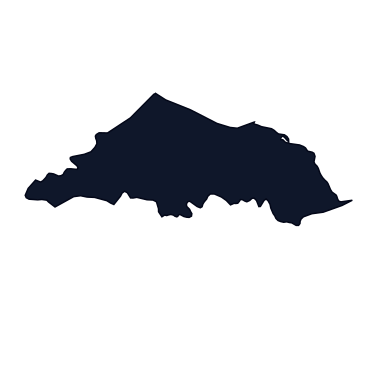 SVG path tracing the border of Lahij, rotated 217°
{"feature_id": "YEM-157", "entity_name": "Lahij", "entity_type": "Governorate", "adm_level": 1, "iso_a3": "YEM", "parent_name": "Yemen", "parent_adm1": "", "projection": "orthographic", "projection_center": [44.466, 13.315], "detail": "fine", "context": "isolated", "style": "filled", "palette": "ink", "viewbox_px": 384, "rotation_deg": 217, "n_neighbors": 0, "source": "natural_earth", "source_scale": "10m", "svg_char_len": 2428}
<svg xmlns="http://www.w3.org/2000/svg" viewBox="0 0 384 384"><g transform="rotate(217 192 192)"><path d="M184.3,285.4L183.9,283.9L183.2,283.7L179.9,285.0L175.8,286.0L166.6,290.4L163.4,290.7L160.6,290.4L157.9,290.4L152.6,293.3L149.5,293.4L146.7,292.4L145.1,290.4L147.0,290.5L150.5,291.2L152.5,291.4L153.7,290.4L153.6,288.5L152.6,287.3L151.0,288.4L147.3,287.9L142.7,289.7L134.4,294.3L130.3,295.4L127.9,295.5L124.3,294.2L120.0,296.1L117.9,296.3L115.2,294.5L112.7,289.4L110.6,288.3L107.7,287.9L105.4,286.9L101.4,284.2L99.1,283.1L96.4,282.1L93.5,281.5L90.3,281.2L88.4,280.5L82.9,277.3L80.1,276.2L75.1,276.3L73.8,275.7L71.6,274.1L70.2,273.4L68.9,273.1L67.1,273.8L59.0,281.9L64.1,271.5L75.1,254.8L83.2,246.8L88.1,239.2L88.6,236.0L88.0,233.6L86.8,231.8L86.8,229.5L88.8,228.0L93.8,227.4L95.9,226.2L98.4,225.2L100.6,223.0L103.3,221.8L106.1,221.0L109.0,221.4L111.6,222.8L114.2,223.6L119.4,226.6L122.2,229.1L126.0,230.8L128.6,231.0L129.4,228.7L128.7,221.6L129.8,220.6L135.3,224.0L138.7,224.5L140.3,223.0L140.8,220.0L142.3,217.2L144.1,216.6L147.2,216.2L148.8,215.1L148.6,213.0L148.7,210.6L149.9,209.4L151.7,208.1L153.5,204.9L159.5,205.9L165.5,205.7L172.9,203.9L176.2,201.4L176.8,198.1L176.1,195.2L176.3,191.5L176.1,189.0L175.1,186.3L175.9,184.4L179.1,183.5L188.2,183.3L189.6,181.7L189.3,179.2L187.6,177.3L183.5,176.7L181.5,175.6L179.1,174.6L177.9,172.4L179.0,170.0L181.2,168.6L183.8,167.5L187.8,166.9L188.8,166.0L188.9,164.9L188.7,164.0L189.2,163.0L191.0,162.4L192.9,162.4L195.3,161.4L196.8,159.8L198.0,158.0L200.0,157.1L201.1,154.1L206.8,156.1L208.7,158.5L214.5,162.8L218.3,162.1L223.3,158.7L232.9,154.5L235.4,151.8L237.5,150.3L243.2,152.5L246.3,152.0L247.2,149.1L246.6,145.6L246.9,135.0L250.3,134.2L254.8,133.8L266.5,129.1L272.8,124.8L278.7,122.0L283.7,117.1L292.4,97.6L300.7,97.7L303.0,98.1L307.4,95.7L310.5,92.9L317.8,88.2L321.0,87.7L323.2,89.0L325.0,96.3L324.1,107.4L318.9,108.8L317.9,111.1L317.4,115.7L317.8,118.7L317.4,120.9L315.5,122.1L313.3,123.2L308.2,124.4L306.4,126.2L305.4,128.5L305.9,130.8L305.9,133.2L305.6,135.3L302.9,137.5L297.5,140.8L297.5,142.7L299.6,143.7L306.7,144.1L309.2,145.1L309.9,146.4L308.6,148.5L300.7,157.3L296.9,163.3L296.4,169.2L297.0,173.3L299.0,175.6L301.1,176.9L302.8,178.5L303.0,180.3L301.8,183.4L295.0,188.3L285.8,214.1L281.3,247.1L280.5,248.5L280.5,248.8L268.5,249.7L242.6,256.7L213.3,261.8L200.4,266.5L194.2,270.2L184.4,285.3L184.3,285.4Z" fill="#0f172a" stroke="#020617" stroke-width="1.5"/></g></svg>